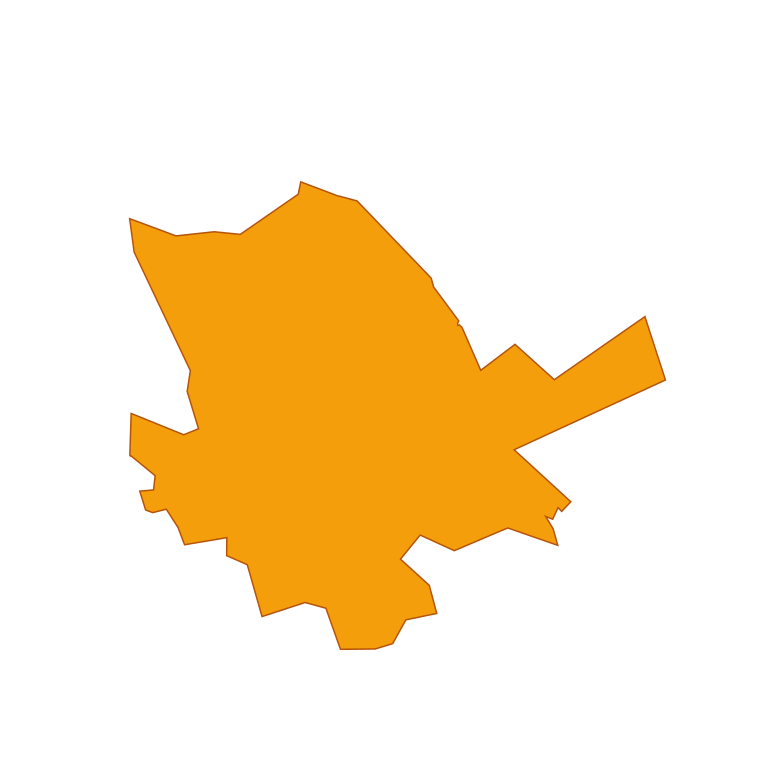 outline of Richmond, Virginia, United States of America, rotated 159°
{"feature_id": "52423323B61032845323419", "entity_name": "Richmond", "entity_type": "district", "adm_level": 2, "iso_a3": "USA", "parent_name": "United States of America", "parent_adm1": "Virginia", "projection": "natural_earth1", "projection_center": [-77.473, 37.525], "detail": "fine", "context": "isolated", "style": "filled", "palette": "amber", "viewbox_px": 768, "rotation_deg": 159, "n_neighbors": 0, "source": "geoboundaries", "source_scale": "gbopen_adm2", "svg_char_len": 975}
<svg xmlns="http://www.w3.org/2000/svg" viewBox="0 0 768 768"><g transform="rotate(159 384 384)"><path d="M119.8,286.9L116.3,353.4L223.5,327.0L247.5,374.1L288.8,362.1L290.9,409.0L292.1,411.1L292.2,412.0L294.0,412.3L293.6,414.0L293.1,414.9L291.6,416.0L302.9,456.7L302.0,465.9L343.5,564.5L357.7,574.9L359.8,576.2L389.3,602.5L396.1,591.9L464.6,575.2L488.0,587.0L525.1,596.8L562.2,629.5L570.0,596.7L560.0,465.9L570.4,447.6L573.2,408.7L589.2,408.4L630.6,447.1L646.8,408.6L646.5,407.6L646.0,407.7L630.5,380.4L637.1,367.7L650.4,371.5L651.7,351.8L646.0,346.8L632.1,345.1L627.7,323.9L627.8,305.4L585.8,296.9L592.4,280.1L576.4,264.3L581.2,210.6L536.0,208.3L518.6,195.5L519.7,151.9L487.2,139.8L468.8,138.5L468.6,138.8L448.1,156.0L417.0,150.9L413.9,179.8L431.4,214.6L404.4,230.0L378.1,203.2L331.7,204.9L320.0,205.2L279.6,171.1L278.0,188.1L280.5,202.4L275.0,197.3L265.8,206.2L263.8,201.4L251.8,207.1L286.1,276.0L119.8,286.9Z" fill="#f59e0b" stroke="#b45309" stroke-width="1.5"/></g></svg>